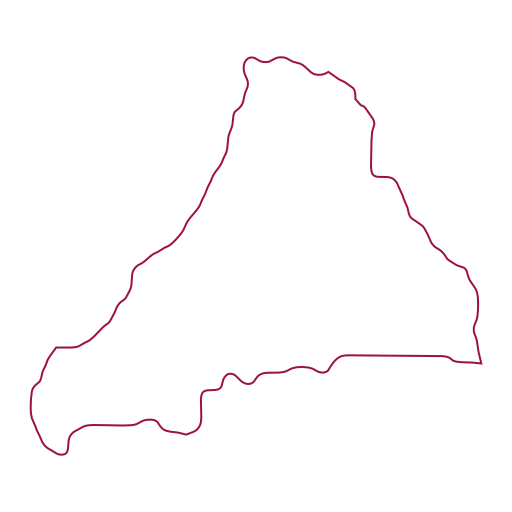 Guaymate, La Romana, Dominican Republic (Natural Earth projection)
{"feature_id": "3306468B11940370524112", "entity_name": "Guaymate", "entity_type": "district", "adm_level": 2, "iso_a3": "DOM", "parent_name": "Dominican Republic", "parent_adm1": "La Romana", "projection": "natural_earth1", "projection_center": [-68.971, 18.577], "detail": "fine", "context": "isolated", "style": "outline", "palette": "rose", "viewbox_px": 512, "rotation_deg": 0, "n_neighbors": 0, "source": "geoboundaries", "source_scale": "gbopen_adm2", "svg_char_len": 4108}
<svg xmlns="http://www.w3.org/2000/svg" viewBox="0 0 512 512"><path d="M56.2,347.5L49.9,356.1L47.7,359.8L45.8,364.8L42.6,371.7L41.1,378.1L40.3,380.4L39.7,381.4L39.0,382.2L35.7,384.9L34.2,386.6L32.9,388.4L32.5,389.4L31.8,391.8L31.1,397.9L30.8,402.6L30.7,409.1L31.0,413.8L31.9,418.3L35.0,425.3L36.9,430.4L39.7,436.1L42.3,442.2L44.5,445.3L46.3,447.1L48.3,448.6L51.5,450.4L56.5,453.5L58.8,454.4L61.1,454.7L62.3,454.7L64.5,454.2L65.6,453.6L66.5,452.8L67.2,451.7L67.9,449.1L68.5,442.1L68.9,439.2L69.8,436.6L70.5,435.5L72.0,433.5L73.8,431.9L74.9,431.3L82.2,427.2L84.4,426.2L87.1,425.5L89.8,425.2L94.1,425.0L122.9,425.5L131.4,425.2L134.2,424.8L136.8,424.0L142.0,421.2L144.4,420.3L147.1,419.8L151.1,419.6L153.7,420.0L154.9,420.4L157.0,421.6L157.8,422.5L160.2,426.2L161.7,427.9L163.5,429.5L165.8,430.6L169.8,431.6L178.1,432.6L186.2,434.6L193.0,432.0L195.2,430.9L196.4,430.1L198.5,427.9L200.0,425.3L200.9,422.2L201.3,417.3L200.9,399.0L201.3,396.0L202.2,393.3L203.0,392.2L204.1,391.3L206.5,390.4L215.8,389.9L218.3,389.3L219.4,388.7L220.4,387.9L221.2,386.9L221.7,385.7L223.0,380.5L224.1,377.9L225.8,375.7L226.9,374.8L228.1,374.1L229.3,373.8L231.7,373.8L234.2,374.7L236.4,376.4L240.5,380.5L242.8,382.3L245.3,383.5L248.0,384.0L250.6,383.7L252.9,382.5L253.7,381.8L257.1,377.0L259.1,375.1L261.6,373.8L264.3,373.1L267.1,372.8L278.8,372.6L283.0,372.1L285.7,371.4L292.1,368.3L296.3,367.3L302.3,366.9L308.2,367.5L312.4,368.6L318.5,371.9L321.2,372.5L323.8,372.5L326.3,371.8L327.4,371.1L328.2,370.3L330.7,366.2L333.2,362.7L335.2,360.4L337.4,358.4L339.9,356.8L341.3,356.2L344.1,355.6L347.1,355.3L442.1,356.1L446.2,356.6L448.7,357.4L449.7,357.9L452.8,360.4L453.8,360.9L456.1,361.6L461.4,362.2L472.9,362.6L481.3,363.5L478.6,352.2L476.8,340.4L476.1,337.9L474.3,333.3L473.8,330.8L473.8,328.2L474.0,326.9L474.7,324.5L476.6,320.0L477.2,317.3L477.6,314.5L478.0,310.1L478.1,303.6L477.9,297.3L477.1,292.7L476.1,289.9L474.7,287.4L470.7,281.7L469.3,279.3L468.3,276.8L466.6,270.8L465.4,268.9L463.5,267.5L458.2,265.8L456.0,264.8L449.2,260.5L447.4,259.1L444.2,254.3L441.8,251.6L440.0,250.1L434.9,246.9L432.4,244.2L431.0,242.1L427.9,234.9L424.4,228.4L423.1,226.5L421.3,225.0L412.0,218.6L410.4,217.0L409.8,216.0L408.9,213.7L407.4,207.4L404.3,200.4L402.5,195.2L399.8,189.4L397.2,183.4L396.5,182.3L395.0,180.4L393.1,178.8L392.0,178.2L389.4,177.3L386.8,177.0L378.8,176.9L376.4,176.6L374.1,175.7L373.1,174.8L372.4,173.8L371.5,171.2L371.0,167.0L371.5,140.1L372.1,132.5L372.7,129.7L373.8,126.4L374.3,124.3L374.3,123.1L374.1,121.9L373.7,120.6L372.6,118.3L365.3,107.9L363.7,106.4L360.7,105.1L355.4,99.1L355.3,95.0L355.0,92.4L354.3,90.0L353.7,88.9L353.0,88.0L346.5,83.3L344.5,82.0L338.9,79.3L328.4,71.9L324.6,73.9L322.1,74.6L318.3,74.8L315.7,74.5L314.5,74.2L313.3,73.7L311.0,72.3L304.9,66.7L302.8,65.1L301.7,64.4L299.3,63.4L293.3,61.8L291.1,60.8L287.0,58.5L284.7,57.6L283.4,57.4L279.7,57.3L277.2,57.7L275.0,58.6L269.8,61.3L268.7,61.7L266.2,62.1L263.7,62.0L261.3,61.6L259.1,60.6L255.2,58.3L253.0,57.5L250.6,57.5L249.4,57.8L248.3,58.3L246.4,59.8L245.0,61.8L244.4,63.0L243.8,65.8L243.7,68.6L244.0,71.3L244.7,74.0L246.7,78.5L247.6,80.8L247.8,82.1L247.9,84.8L247.4,87.3L245.5,91.9L244.7,94.3L243.0,102.3L241.9,104.7L240.5,106.7L238.9,108.4L235.6,111.1L234.8,111.9L233.8,114.0L233.3,116.5L232.6,123.3L232.1,126.1L231.3,128.6L229.4,133.3L228.6,135.9L228.2,138.6L227.2,148.6L226.6,151.3L226.2,152.6L223.5,158.3L222.0,162.1L220.8,164.5L219.2,166.9L215.0,172.5L212.8,176.1L210.8,181.1L207.4,187.9L205.0,194.2L202.1,199.8L200.1,204.8L198.8,207.2L196.3,210.5L190.0,218.0L187.6,221.3L186.3,223.6L183.5,229.8L181.3,233.2L176.8,238.6L173.0,242.5L170.9,244.3L168.8,245.8L164.3,247.9L158.2,251.7L154.8,253.3L152.5,254.6L150.4,256.2L144.2,261.6L142.0,263.1L137.7,265.4L136.8,266.2L135.0,267.9L133.6,270.0L132.6,272.4L132.1,275.2L131.4,285.1L130.8,287.8L129.9,290.2L126.5,296.7L125.2,298.6L124.4,299.4L120.8,302.0L119.1,303.7L117.7,305.7L116.5,307.9L115.0,311.6L113.9,313.9L109.9,321.3L108.4,323.1L104.6,325.8L102.7,327.5L94.1,336.4L91.1,339.1L89.0,340.7L84.5,342.9L79.4,345.9L78.3,346.4L75.9,347.1L72.0,347.5L56.2,347.5Z" fill="none" stroke="#9f1239" stroke-width="2"/></svg>